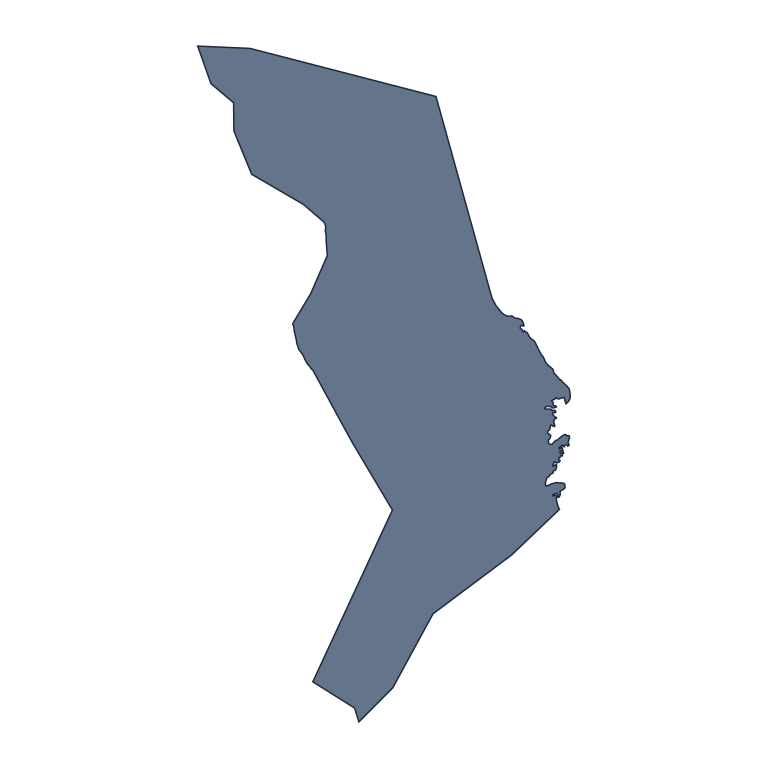 Ulaangom, Uvs, Mongolia (Albers equal-area conic projection)
{"feature_id": "93677404B81994197463432", "entity_name": "Ulaangom", "entity_type": "district", "adm_level": 2, "iso_a3": "MNG", "parent_name": "Mongolia", "parent_adm1": "Uvs", "projection": "albers", "projection_center": [92.268, 50.307], "detail": "fine", "context": "isolated", "style": "filled", "palette": "slate", "viewbox_px": 768, "rotation_deg": 0, "n_neighbors": 0, "source": "geoboundaries", "source_scale": "gbopen_adm2", "svg_char_len": 4387}
<svg xmlns="http://www.w3.org/2000/svg" viewBox="0 0 768 768"><path d="M197.7,46.1L211.0,83.7L233.6,102.8L233.9,131.0L251.7,174.3L303.8,204.7L323.9,222.1L325.3,224.9L325.7,226.7L325.4,230.0L325.5,231.9L326.1,235.1L326.2,241.4L327.3,255.5L310.9,293.3L292.9,323.3L292.9,324.7L293.9,327.0L294.2,330.9L296.4,340.3L296.9,343.7L298.7,349.2L303.2,355.5L305.0,359.7L306.8,362.9L307.9,364.6L310.0,366.8L310.7,368.1L313.1,370.6L340.3,420.7L352.5,442.9L392.4,510.0L312.8,681.8L354.6,708.1L358.9,721.9L392.8,687.8L433.0,613.8L511.7,554.9L560.0,508.8L559.3,509.4L558.7,507.7L558.1,506.3L557.3,503.7L556.9,501.6L556.1,498.9L556.5,497.5L556.9,496.3L555.8,495.4L554.6,495.5L552.8,495.8L552.8,494.9L554.7,493.9L556.8,493.3L557.6,494.3L557.8,496.1L558.1,497.5L558.8,497.3L559.5,496.4L559.9,495.5L560.4,493.7L559.9,491.6L560.8,490.8L561.9,490.2L563.7,489.2L565.1,487.8L564.9,485.8L564.6,483.8L563.6,483.4L562.4,483.0L560.4,482.9L558.4,483.0L556.9,482.4L554.1,483.2L551.2,484.0L548.4,485.4L546.4,485.8L545.6,485.4L545.4,483.6L545.8,481.6L546.3,479.4L547.1,477.5L548.5,476.9L550.3,474.7L551.3,473.9L553.7,472.5L553.1,472.6L553.0,471.8L554.0,470.5L554.8,470.4L555.4,470.2L555.7,469.9L556.0,468.9L556.4,467.8L556.7,466.8L556.5,465.3L556.3,464.4L555.8,464.3L555.3,465.0L554.6,465.5L553.5,465.8L552.7,465.9L552.6,465.3L553.0,464.8L553.6,463.7L553.8,462.7L554.3,461.7L555.2,462.0L556.4,462.6L557.4,462.7L558.8,462.3L560.0,461.2L560.1,460.6L559.3,460.1L558.7,459.7L558.6,459.1L558.5,458.3L559.9,457.8L560.1,457.1L560.2,456.2L560.5,455.7L561.4,455.9L562.1,456.1L562.3,455.2L562.4,454.4L563.0,453.7L563.7,452.9L563.5,452.3L562.8,452.5L561.6,452.8L560.7,453.3L560.0,452.8L559.9,451.7L560.3,451.1L561.0,450.8L561.9,451.2L562.4,451.2L562.8,450.7L563.0,450.1L562.8,449.4L562.4,448.6L562.0,447.7L561.6,447.7L560.7,448.0L559.8,448.7L559.3,448.9L559.2,447.7L559.3,447.0L560.7,447.1L561.5,447.0L561.5,446.7L561.4,445.6L562.2,445.2L563.1,445.2L563.3,446.2L564.1,446.8L564.3,446.2L565.1,445.3L566.2,444.9L567.0,444.9L567.8,446.1L568.4,445.9L569.0,445.3L568.9,444.2L568.1,443.0L568.2,442.0L568.7,440.5L568.6,439.3L569.5,438.2L569.5,436.6L568.9,435.6L566.4,435.7L565.9,434.6L564.6,434.5L562.7,435.6L560.0,437.7L558.4,439.1L557.7,439.9L556.8,440.2L555.8,440.3L553.9,442.2L552.5,443.9L552.0,444.4L550.3,444.4L549.3,443.7L548.6,443.1L548.6,441.9L548.2,440.8L548.6,439.7L549.6,438.9L550.3,437.2L550.8,435.8L550.1,434.8L548.8,433.9L547.8,433.0L547.6,432.1L547.8,431.2L548.7,430.6L549.6,429.8L550.1,428.3L550.4,426.4L550.5,425.5L551.1,425.0L551.9,425.2L553.3,426.4L554.6,426.4L554.8,425.5L554.1,423.1L553.5,421.7L554.2,420.4L554.5,419.1L555.3,418.7L556.5,418.1L556.4,417.5L555.3,417.1L554.5,416.4L553.8,415.7L552.9,414.8L552.5,414.2L552.5,413.5L552.7,413.0L554.0,412.8L555.1,412.6L555.7,412.3L555.9,412.0L555.7,411.5L554.9,410.4L554.3,410.2L553.7,410.4L553.1,410.8L552.6,410.7L551.1,409.3L550.3,409.1L549.8,409.1L548.9,409.1L547.5,409.2L545.7,408.9L544.6,408.5L544.5,408.0L545.1,407.6L545.7,407.0L546.9,406.5L547.8,406.4L549.5,406.5L550.6,406.5L551.5,407.3L552.6,407.9L553.6,407.9L555.2,407.5L556.4,406.9L556.3,406.4L555.5,405.9L554.6,405.7L553.8,405.5L553.5,405.2L553.1,404.5L553.1,403.6L553.0,402.5L552.8,402.0L552.3,401.5L551.7,401.0L551.7,400.6L552.2,400.1L552.8,399.9L554.0,399.5L555.0,399.1L555.5,398.2L556.0,397.9L556.7,397.7L557.0,398.1L557.5,398.7L558.4,399.0L559.4,398.8L561.2,398.1L562.9,397.7L564.2,397.5L564.3,398.0L564.6,399.6L565.1,401.5L566.1,403.8L566.7,403.1L568.1,401.9L569.8,399.2L570.3,397.1L570.1,393.6L569.7,391.0L569.0,388.4L568.0,387.4L566.7,385.8L564.9,384.3L564.0,383.3L563.3,382.7L562.1,382.1L562.0,381.2L561.5,380.4L560.6,379.8L559.5,379.5L557.8,377.2L556.3,375.5L554.0,373.1L553.0,369.3L548.2,365.3L545.9,362.7L543.0,356.5L541.7,355.1L539.7,351.7L535.7,343.6L534.4,341.1L533.2,340.3L532.4,339.6L530.9,338.6L529.6,337.1L527.6,333.3L526.8,332.3L526.1,332.1L525.4,331.9L525.1,331.6L524.9,331.2L524.7,330.7L524.2,330.9L524.0,331.4L523.5,331.8L522.9,331.7L522.4,331.0L522.4,330.1L521.8,329.3L521.0,328.9L520.2,328.3L520.3,327.5L520.4,326.7L521.1,325.7L521.7,325.3L522.4,325.2L522.8,325.8L523.7,326.1L524.0,325.9L523.8,325.2L523.4,323.7L522.8,322.0L522.1,320.6L521.1,319.6L519.2,318.9L517.3,318.2L515.3,318.2L513.9,317.4L512.0,315.9L510.6,316.1L508.6,316.2L507.1,316.0L504.3,314.7L501.7,312.7L496.0,305.7L492.0,298.1L436.0,96.5L250.0,48.4L197.7,46.1Z" fill="#64748b" stroke="#1e293b" stroke-width="1.5"/></svg>